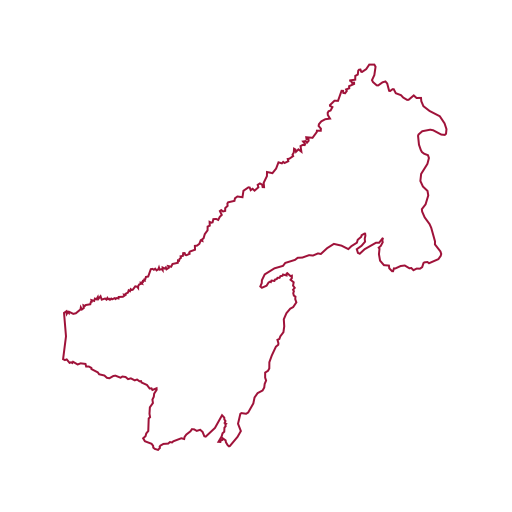 Piedras, Tolima, Colombia, rotated 7°
{"feature_id": "7082276B38653982306093", "entity_name": "Piedras", "entity_type": "district", "adm_level": 2, "iso_a3": "COL", "parent_name": "Colombia", "parent_adm1": "Tolima", "projection": "robinson", "projection_center": [-74.942, 4.491], "detail": "fine", "context": "isolated", "style": "outline", "palette": "rose", "viewbox_px": 512, "rotation_deg": 7, "n_neighbors": 0, "source": "geoboundaries", "source_scale": "gbopen_adm2", "svg_char_len": 6079}
<svg xmlns="http://www.w3.org/2000/svg" viewBox="0 0 512 512"><g transform="rotate(7 256 256)"><path d="M400.5,79.0L396.1,79.6L393.0,77.4L388.4,82.4L386.9,82.6L382.8,80.8L380.3,78.7L374.9,77.4L372.4,73.7L371.2,73.8L369.0,75.9L368.0,75.8L365.2,68.8L363.2,67.0L360.4,68.2L356.5,71.8L355.0,71.9L350.9,69.1L349.7,67.3L351.4,62.0L351.6,53.6L350.1,51.6L345.1,52.2L342.6,57.1L338.8,60.4L338.0,60.3L336.9,58.2L335.5,58.6L334.9,59.6L334.9,63.5L332.6,65.1L333.0,68.9L327.3,70.4L329.2,70.8L330.0,72.3L332.2,72.0L332.4,73.3L327.7,76.1L328.1,78.2L325.1,79.7L326.0,81.1L324.6,83.6L322.8,83.5L322.3,81.5L320.8,81.6L318.5,92.0L315.0,92.3L311.0,97.2L311.2,98.0L313.7,98.9L312.3,102.5L310.4,103.5L309.7,105.2L310.1,107.3L312.7,110.6L308.1,111.8L304.4,114.4L302.4,117.5L302.3,119.3L304.9,121.7L305.0,123.8L301.2,124.2L301.2,125.6L297.7,131.8L291.4,132.0L291.9,133.8L293.8,133.4L294.2,135.2L292.8,137.3L291.3,135.9L288.8,136.6L291.1,138.9L290.8,140.0L288.7,140.1L286.8,141.5L288.3,146.9L285.1,145.0L283.0,147.7L282.1,145.5L280.7,144.9L280.9,148.6L279.9,151.1L280.7,152.3L277.2,155.4L275.7,155.8L276.5,158.0L273.0,160.2L271.5,159.3L270.4,160.9L266.9,160.3L265.3,166.8L262.2,171.8L256.7,171.3L257.1,175.4L254.7,182.4L255.6,186.7L254.2,186.8L253.4,184.4L251.0,183.5L249.0,185.2L250.0,187.5L246.6,191.3L244.4,189.7L242.7,191.3L241.4,188.8L240.1,188.8L235.6,192.8L235.4,199.3L230.3,199.2L228.1,201.3L227.9,203.9L221.8,206.1L221.2,207.4L221.7,209.7L219.6,212.2L219.9,215.0L217.8,215.8L215.9,214.7L214.7,215.8L217.0,219.4L215.3,221.5L214.1,224.8L212.0,224.1L209.2,224.6L208.8,227.9L207.6,228.4L205.8,227.8L206.4,231.5L204.4,232.7L204.8,236.4L202.5,240.5L201.8,244.8L200.4,246.2L200.9,247.6L199.2,247.2L198.3,250.8L196.2,252.9L194.1,253.4L194.7,257.2L190.1,259.5L189.3,260.6L189.8,261.9L186.8,263.7L185.8,263.6L184.8,261.8L183.4,262.0L183.4,264.8L181.2,265.5L181.7,267.0L180.5,268.2L180.2,270.1L179.1,269.9L179.2,272.3L174.1,274.1L173.1,277.0L170.1,276.7L170.9,278.3L168.8,280.1L167.9,278.3L167.0,279.6L164.7,278.8L165.1,281.5L164.1,280.5L162.0,281.3L161.1,279.3L160.7,281.0L159.1,282.4L157.5,280.9L156.3,282.1L154.9,281.4L153.2,281.9L151.5,289.5L149.3,290.2L148.9,292.5L148.0,292.9L148.6,294.1L146.8,294.4L146.9,295.7L145.7,296.1L146.3,297.3L144.9,296.9L145.2,297.7L143.5,298.5L142.7,300.3L142.9,302.1L141.8,301.0L139.9,300.8L137.8,304.5L136.8,304.9L135.7,304.2L135.2,306.3L133.8,305.6L133.3,308.0L131.3,309.3L131.3,310.4L129.7,310.4L130.3,311.4L128.8,312.7L124.7,313.4L124.7,314.9L123.0,314.7L121.8,315.8L121.0,315.0L118.5,316.5L117.5,315.9L116.4,317.2L115.6,316.4L114.6,316.9L113.6,315.7L112.8,317.5L111.4,316.6L108.2,318.1L106.6,314.9L104.7,317.9L104.0,315.9L102.9,318.4L101.3,317.9L100.9,320.3L98.0,319.8L98.5,321.4L97.7,321.8L97.4,324.1L93.0,325.4L92.2,326.5L90.8,326.0L91.4,328.6L89.7,330.3L88.4,328.4L88.3,330.4L84.2,334.8L81.7,335.7L77.4,334.2L77.3,335.5L76.1,334.5L75.2,336.5L74.5,334.0L72.4,335.9L77.2,358.9L77.1,381.9L79.0,382.6L80.7,381.7L84.0,384.8L85.4,384.0L86.7,384.6L87.3,383.3L92.2,385.4L95.0,383.9L99.9,383.9L100.9,386.4L103.6,386.1L106.2,387.1L106.5,388.3L113.2,390.8L114.7,392.5L120.1,393.1L122.9,395.1L125.4,395.2L129.0,392.5L131.0,391.9L136.4,393.3L138.1,391.9L141.3,392.0L144.0,393.8L146.7,392.7L150.8,394.2L153.0,393.1L155.7,394.6L157.1,394.2L157.8,395.5L163.5,397.3L166.6,400.5L168.4,400.1L169.5,401.6L173.4,399.4L173.7,400.9L171.7,405.0L171.7,408.2L170.7,411.1L171.6,414.5L169.1,419.1L169.5,425.6L170.5,428.9L169.3,430.3L170.4,442.8L168.7,445.5L168.3,448.3L166.2,450.7L168.3,453.4L175.2,455.1L177.0,456.9L177.4,458.7L179.1,459.8L182.4,460.4L184.0,458.2L183.6,456.9L184.3,455.8L187.0,453.8L191.7,452.9L193.2,451.2L195.4,451.3L196.5,450.0L204.1,446.0L207.0,446.4L207.2,444.2L208.6,441.7L212.3,438.0L213.5,435.7L215.7,435.6L218.5,436.8L221.8,435.3L224.4,437.1L226.7,441.2L228.1,441.4L236.2,431.7L241.7,418.2L244.2,420.3L244.5,422.1L245.8,423.5L245.2,425.5L246.7,426.2L246.1,426.8L246.6,428.7L245.6,430.2L245.9,434.3L244.4,436.0L243.9,439.2L241.4,445.0L243.3,444.9L243.5,443.2L245.0,442.7L245.2,441.0L248.3,442.7L248.8,444.5L251.0,447.3L252.4,448.2L253.2,447.8L259.7,437.8L262.3,431.6L258.6,424.7L259.7,414.6L260.7,413.7L265.4,413.8L267.3,412.3L271.3,402.7L271.8,396.6L274.3,391.9L278.9,388.7L280.2,385.6L280.2,381.9L281.2,378.4L279.9,375.6L279.3,370.6L281.9,368.5L282.9,366.0L282.2,359.8L283.8,352.8L286.8,343.6L288.9,341.4L288.9,339.9L287.5,336.6L289.3,335.5L289.9,332.8L292.5,328.3L292.6,322.4L291.3,315.4L293.2,309.0L296.4,304.1L299.1,302.2L301.7,297.1L300.2,294.0L300.1,291.5L298.4,290.7L297.5,288.4L297.9,286.3L296.9,285.0L298.3,282.9L296.4,280.9L296.6,277.5L293.2,275.4L294.3,273.6L294.0,271.2L292.8,271.8L289.1,269.2L288.5,269.8L288.7,271.6L285.1,271.1L284.7,272.4L282.7,273.0L282.0,274.8L280.0,275.0L279.4,276.4L277.7,277.1L277.3,278.5L274.4,278.5L273.9,280.1L273.0,279.8L271.7,280.8L270.1,284.2L265.7,286.8L264.0,285.7L265.0,282.2L264.8,279.3L266.9,273.2L275.8,266.0L284.0,262.5L285.9,259.3L295.2,255.1L297.6,252.7L302.2,251.9L308.6,248.7L312.5,248.6L317.2,245.9L320.1,246.1L325.7,239.5L331.8,234.5L339.6,235.3L346.8,237.9L349.5,234.6L354.5,230.5L355.0,227.5L358.1,224.1L358.3,222.5L361.0,220.5L361.6,220.5L362.1,222.5L361.8,225.7L362.5,228.5L359.5,233.0L355.2,237.0L356.8,240.5L358.7,241.1L363.0,236.0L373.5,228.2L376.6,227.8L379.8,222.5L379.5,225.1L380.1,226.9L378.6,230.8L376.8,232.8L377.7,233.8L377.8,239.2L379.7,245.5L384.1,249.5L389.1,249.3L389.8,252.0L392.9,254.5L393.9,254.4L394.4,251.5L395.8,251.4L400.8,248.3L404.8,247.3L409.8,249.5L411.6,249.0L414.0,250.9L417.0,248.9L420.3,248.6L422.3,246.8L423.1,242.6L423.9,241.8L426.9,241.1L428.6,242.1L437.4,236.9L439.3,233.4L439.6,231.4L438.5,229.0L432.2,222.7L431.9,219.7L426.5,206.7L424.4,203.2L418.7,197.1L415.5,191.7L414.9,189.3L418.0,184.1L419.6,174.9L418.3,170.5L413.2,166.7L410.0,161.5L409.9,154.4L414.9,143.7L415.7,137.7L414.4,135.0L410.4,134.0L408.0,132.6L406.6,130.6L404.2,125.7L402.2,117.0L402.5,115.6L405.8,111.9L413.5,109.4L416.5,109.6L425.1,112.9L428.6,112.8L429.7,111.5L429.6,106.9L427.0,101.4L421.4,94.9L410.6,90.9L403.9,86.9L401.2,82.2L400.5,79.0Z" fill="none" stroke="#9f1239" stroke-width="2"/></g></svg>